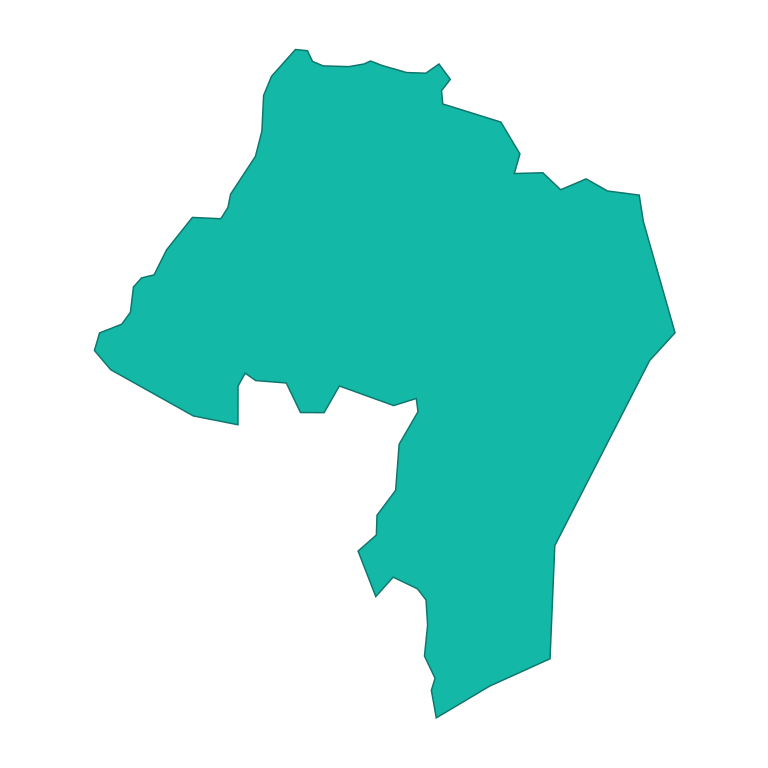 Pakhtachi, Samarkand, Uzbekistan (Mercator projection), rotated 271°
{"feature_id": "79887680B26985573212547", "entity_name": "Pakhtachi", "entity_type": "district", "adm_level": 2, "iso_a3": "UZB", "parent_name": "Uzbekistan", "parent_adm1": "Samarkand", "projection": "mercator", "projection_center": [65.552, 39.873], "detail": "fine", "context": "isolated", "style": "filled", "palette": "teal", "viewbox_px": 768, "rotation_deg": 271, "n_neighbors": 0, "source": "geoboundaries", "source_scale": "gbopen_adm2", "svg_char_len": 1029}
<svg xmlns="http://www.w3.org/2000/svg" viewBox="0 0 768 768"><g transform="rotate(271 384 384)"><path d="M704.9,433.4L695.5,420.4L695.8,401.1L702.4,376.6L706.7,364.9L703.6,358.4L700.7,343.3L701.0,317.6L705.3,306.9L715.9,301.7L716.9,289.6L689.7,266.2L670.5,258.6L634.7,257.5L609.4,251.5L571.1,227.3L557.9,224.9L546.4,218.0L547.2,189.5L514.4,164.3L489.1,152.2L485.9,139.8L476.6,131.8L451.3,129.2L439.2,120.7L430.1,98.7L412.4,93.9L393.5,110.5L348.7,194.0L340.7,238.7L379.3,238.1L392.4,245.0L385.2,255.6L383.3,286.3L354.0,301.0L354.3,324.6L381.2,339.4L362.6,394.0L370.1,416.5L356.9,418.5L324.1,400.2L277.9,397.5L252.7,379.3L232.9,379.0L216.5,361.0L171.3,379.5L191.0,396.5L179.8,421.0L168.8,429.8L143.5,431.8L112.7,429.2L90.7,440.2L78.6,436.7L51.1,442.1L83.8,494.9L112.2,554.8L225.4,557.6L412.1,649.2L440.3,674.1L550.9,640.5L577.3,635.9L580.9,604.1L592.6,582.5L581.3,557.2L598.0,539.1L596.7,510.6L616.4,515.9L647.9,496.3L665.0,437.9L678.3,436.4L689.7,445.0L704.9,433.4Z" fill="#14b8a6" stroke="#0f766e" stroke-width="1.5"/></g></svg>